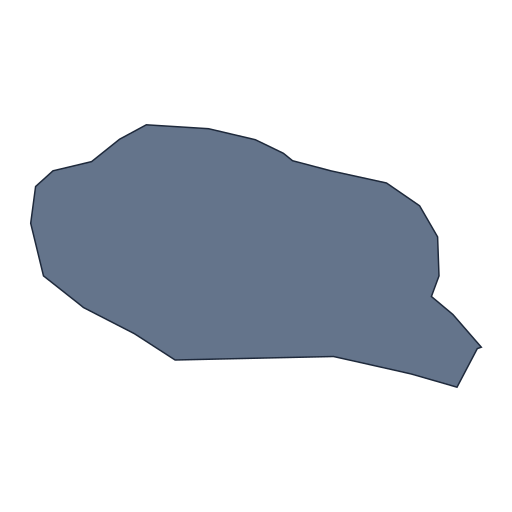 map outline of Mojkovac (Natural Earth projection)
{"feature_id": "MNE-1513", "entity_name": "Mojkovac", "entity_type": "Municipality", "adm_level": 1, "iso_a3": "MNE", "parent_name": "Montenegro", "parent_adm1": "", "projection": "natural_earth1", "projection_center": [19.506, 42.966], "detail": "fine", "context": "isolated", "style": "filled", "palette": "slate", "viewbox_px": 512, "rotation_deg": 0, "n_neighbors": 0, "source": "natural_earth", "source_scale": "10m", "svg_char_len": 519}
<svg xmlns="http://www.w3.org/2000/svg" viewBox="0 0 512 512"><path d="M31.2,219.5L35.6,186.5L53.0,170.8L91.6,161.6L119.6,139.2L128.7,134.3L146.3,124.8L187.9,127.4L208.5,128.7L255.3,139.7L283.4,153.3L292.5,160.7L330.7,170.8L386.5,183.0L419.6,205.8L437.6,236.9L439.0,275.9L431.4,296.5L452.9,314.5L481.3,347.2L477.3,348.6L457.0,387.2L411.3,374.0L378.6,366.6L333.5,356.5L251.2,358.3L175.1,360.0L134.4,333.7L83.4,307.5L81.0,305.5L43.5,275.9L30.7,223.3L31.2,219.5Z" fill="#64748b" stroke="#1e293b" stroke-width="1.5"/></svg>